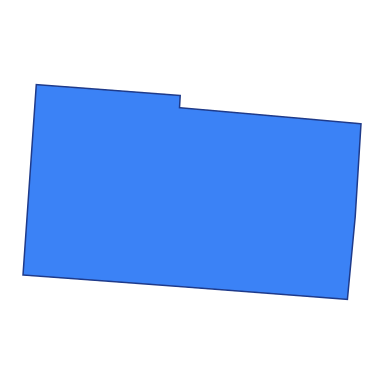 the district of Champaign, Ohio, United States of America
{"feature_id": "52423323B54986091117207", "entity_name": "Champaign", "entity_type": "district", "adm_level": 2, "iso_a3": "USA", "parent_name": "United States of America", "parent_adm1": "Ohio", "projection": "mercator", "projection_center": [-83.777, 40.142], "detail": "fine", "context": "isolated", "style": "filled", "palette": "blue", "viewbox_px": 384, "rotation_deg": 0, "n_neighbors": 0, "source": "geoboundaries", "source_scale": "gbopen_adm2", "svg_char_len": 258}
<svg xmlns="http://www.w3.org/2000/svg" viewBox="0 0 384 384"><path d="M23.0,275.0L165.8,285.5L347.4,299.4L355.2,216.9L361.0,123.8L325.5,120.6L179.5,107.7L180.2,95.5L36.3,84.6L31.2,157.7L23.0,275.0Z" fill="#3b82f6" stroke="#1e3a8a" stroke-width="1.5"/></svg>